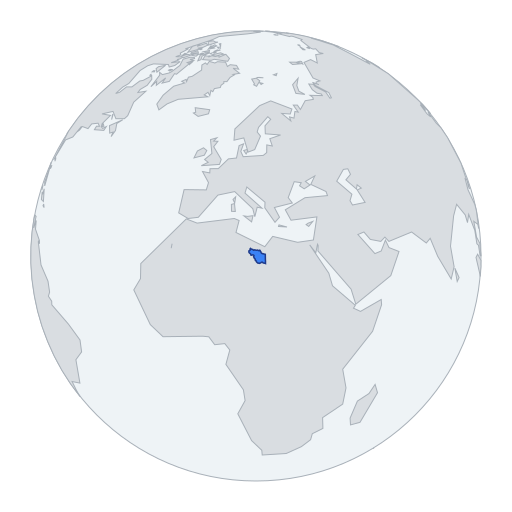 the Earth from above Al Jufrah
{"feature_id": "LBY-2964", "entity_name": "Al Jufrah", "entity_type": "Municipality", "adm_level": 1, "iso_a3": "LBY", "parent_name": "Libya", "parent_adm1": "", "projection": "orthographic", "projection_center": [16.482, 27.933], "detail": "fine", "context": "on_globe", "style": "filled", "palette": "blue", "viewbox_px": 512, "rotation_deg": 0, "n_neighbors": 0, "source": "natural_earth", "source_scale": "10m", "svg_char_len": 10832}
<svg xmlns="http://www.w3.org/2000/svg" viewBox="0 0 512 512"><circle cx="256" cy="256" r="225" fill="#eef3f6" stroke="#a8b0b8"/><path d="M260.1,30.8L251.2,30.9L251.4,31.0L258.4,30.9L263.4,31.3L253.1,31.3L260.7,32.1L247.3,33.9L219.2,36.5L212.4,39.7L185.3,48.8L188.5,48.8L180.3,53.1L180.9,54.9L175.7,56.7L180.7,56.8L185.4,54.8L189.1,54.4L189.9,55.5L183.4,57.7L182.1,57.5L180.6,58.7L177.0,59.5L179.2,59.8L171.2,62.7L180.2,61.6L174.8,65.5L169.2,67.0L168.4,64.5L153.5,63.9L147.6,65.8L140.1,70.5L128.8,83.5L122.8,87.0L115.7,93.5L119.6,92.3L126.5,86.9L131.9,86.9L139.8,81.0L143.1,80.4L151.7,75.8L151.8,79.3L147.2,85.3L140.1,89.5L137.9,92.5L145.9,91.2L133.7,102.2L127.7,115.7L124.4,118.7L115.9,118.7L113.0,111.4L102.0,113.9L110.5,115.4L102.1,123.7L101.3,126.7L102.6,128.4L106.3,126.6L103.8,130.4L94.4,129.7L96.5,126.2L99.5,126.3L98.1,123.2L91.7,123.9L88.0,128.6L82.3,126.5L79.5,130.1L76.8,132.1L81.5,126.3L72.8,137.0L65.6,139.9L53.6,159.8L63.9,140.5L66.6,135.0L68.8,130.7L66.8,133.8L68.6,131.0L78.0,117.9L88.3,105.6L99.5,94.0L111.5,83.2L124.2,73.3L137.5,64.4L151.5,56.4L166.0,49.5L181.0,43.6L196.4,38.8L212.1,35.0L227.9,32.5L244.0,31.0L260.1,30.8ZM34.5,215.2L33.6,220.1L35.0,215.2L36.1,216.3L33.7,227.9L36.2,220.5L35.5,229.2L39.2,239.9L38.3,241.7L41.0,264.9L48.0,281.2L49.6,292.1L48.4,296.2L51.7,301.2L51.8,304.8L68.5,324.2L80.0,340.0L81.6,351.9L75.9,359.7L79.9,383.1L72.1,381.5L76.3,390.1L80.1,396.7L70.5,383.8L61.8,370.2L54.2,356.1L47.6,341.4L42.0,326.4L37.5,310.9L34.2,295.2L31.9,279.2L30.8,263.2L30.9,247.1L32.1,231.1L34.5,215.2ZM50.4,165.9L44.7,185.9L44.7,181.1L45.3,180.4L47.4,173.8L50.2,165.4L51.1,162.3L50.4,165.9ZM55.1,159.9L55.8,157.3L55.6,159.0L55.1,159.9ZM151.0,74.3L151.3,75.1L149.6,75.5L151.0,74.3ZM154.5,71.8L152.2,71.8L153.5,70.7L154.9,70.7L154.5,71.8ZM266.7,31.0L270.2,31.3L265.1,31.0L266.7,31.0ZM156.9,72.2L156.1,68.6L158.5,66.7L165.6,65.3L156.9,72.2ZM271.3,31.5L279.9,32.8L283.0,32.8L278.9,33.9L273.0,32.1L266.2,31.5L270.7,31.7L271.3,31.5ZM186.5,53.8L181.6,55.9L184.9,53.3L186.5,53.8ZM187.7,52.3L192.7,46.1L200.3,44.0L197.1,46.3L206.4,43.2L207.7,45.2L202.9,47.4L197.7,48.2L202.1,48.4L187.7,52.3ZM275.3,34.6L276.1,35.2L273.6,34.6L275.3,34.6ZM190.8,54.0L191.2,52.7L197.8,50.8L198.4,53.0L196.0,52.9L190.8,54.0ZM208.2,41.6L213.2,40.8L215.7,42.1L218.0,42.1L208.4,45.1L208.2,41.6ZM194.9,53.9L198.5,54.2L196.1,56.2L191.0,55.1L194.9,53.9ZM199.3,49.4L202.5,48.7L200.9,49.7L199.3,49.4ZM189.6,64.4L189.8,62.5L193.3,61.2L189.6,64.4ZM200.0,54.2L200.8,53.6L202.2,53.0L204.0,53.7L200.0,54.2ZM210.8,46.0L210.7,46.9L214.8,44.8L216.8,46.0L210.0,47.9L213.8,47.6L214.4,48.0L208.2,49.2L210.8,46.0ZM210.0,52.7L202.1,56.1L200.9,59.7L197.8,60.8L200.3,55.0L210.0,52.7ZM209.5,50.5L209.1,52.1L205.4,52.4L203.4,51.7L209.5,50.5ZM220.6,46.3L219.3,43.9L220.8,43.6L220.6,46.3ZM210.4,53.6L212.3,52.8L210.7,53.8L210.4,53.6ZM218.3,48.3L217.6,47.4L219.3,47.1L218.3,48.3ZM216.6,52.1L214.1,53.1L212.6,52.5L216.6,52.1ZM218.0,50.3L220.5,50.1L213.6,51.6L217.4,49.9L218.0,50.3ZM220.0,48.2L220.8,47.7L220.0,48.6L220.0,48.2ZM223.6,54.1L215.3,56.2L212.1,54.8L220.6,52.8L223.6,54.1ZM339.2,46.6L336.3,45.6L311.0,38.1L321.7,40.9L320.4,40.9L324.9,42.4L332.3,44.7L332.5,44.6L350.1,53.6L370.2,64.3L366.0,60.6L369.1,61.7L388.3,73.7L417.6,99.6L422.1,103.8L423.5,105.3L427.9,110.3L430.7,113.8L424.9,107.1L424.4,107.2L420.4,103.0L425.7,110.4L420.2,104.7L427.0,113.8L430.7,116.9L428.0,112.0L436.2,123.1L440.8,127.6L447.5,137.5L460.9,163.0L465.2,176.0L466.7,180.0L465.2,178.9L468.0,189.8L474.9,204.7L476.4,210.8L478.7,228.6L477.8,224.3L473.8,221.3L476.6,237.2L479.8,243.3L481.0,255.7L480.1,255.8L478.5,245.3L476.9,243.8L474.8,230.4L468.7,214.4L467.5,222.6L465.2,214.9L456.6,204.3L453.6,215.9L450.5,246.2L454.1,266.7L451.2,279.0L437.7,256.3L430.2,238.3L426.3,243.0L411.6,232.0L388.9,241.4L384.9,237.1L380.8,241.4L370.3,239.4L363.9,232.0L357.9,234.5L374.9,253.6L381.2,251.0L385.4,240.1L389.0,247.6L399.0,251.5L390.8,275.6L355.8,304.2L351.1,289.2L317.9,250.9L318.2,245.7L318.0,245.1L317.5,244.2L315.8,252.8L309.7,244.9L328.8,273.2L332.5,285.8L355.3,305.3L353.5,308.2L360.5,311.4L381.2,299.5L381.6,304.7L372.6,331.3L342.7,369.2L346.0,387.9L342.7,404.1L322.6,417.6L322.9,428.4L312.3,433.7L310.6,439.7L301.3,446.7L286.2,453.5L262.2,455.0L261.8,450.3L251.6,440.6L237.8,413.8L245.1,400.6L243.4,389.8L225.9,364.4L229.8,350.0L224.8,343.6L214.7,344.7L208.8,336.8L202.6,336.2L163.0,336.7L150.3,324.6L133.8,289.9L140.5,278.6L140.8,263.5L186.3,218.9L197.1,223.1L234.3,218.5L239.1,220.5L236.0,232.5L264.8,246.7L272.7,236.4L297.6,242.3L313.4,240.0L316.9,216.9L291.0,220.2L285.3,209.8L305.0,197.7L327.5,195.6L326.0,191.5L310.8,184.4L314.8,175.9L305.4,181.4L310.0,185.0L304.2,188.8L299.6,185.8L301.2,182.7L294.2,181.7L288.2,197.6L292.3,203.0L274.4,207.5L279.5,217.2L275.0,222.3L264.8,207.8L265.0,202.2L246.8,187.0L245.0,193.1L262.0,208.2L257.2,207.2L254.8,216.7L252.8,208.7L234.7,191.6L217.9,195.1L198.3,217.3L188.1,218.5L178.7,212.9L184.1,189.6L206.3,189.9L208.5,182.6L202.5,171.5L209.8,172.9L210.0,168.7L218.3,168.6L228.4,158.9L236.5,158.0L239.1,145.6L243.6,143.8L240.8,151.4L243.2,156.7L263.3,155.4L266.7,152.6L266.8,144.9L272.3,146.0L269.8,138.7L280.6,135.0L265.3,133.8L265.0,125.8L270.7,119.3L267.8,116.7L258.5,127.4L257.2,132.0L260.5,136.1L254.7,149.6L248.1,152.1L243.8,137.9L234.0,140.2L234.9,128.9L259.7,105.6L270.7,100.9L291.9,109.0L290.2,114.0L281.7,113.4L290.8,120.9L289.5,116.9L294.0,118.1L294.9,111.5L298.2,112.1L293.3,105.1L297.4,105.1L300.4,109.5L305.2,100.7L313.3,99.4L312.8,97.3L310.0,95.3L322.3,95.6L321.3,94.0L317.0,93.2L312.3,89.7L308.8,84.0L313.2,84.3L315.1,86.5L325.7,92.0L329.9,98.2L331.4,97.8L328.8,92.6L315.9,85.8L312.5,82.3L318.9,84.7L316.3,83.5L316.1,82.0L319.9,80.9L313.0,78.0L304.0,62.4L310.6,59.6L317.3,63.0L315.7,54.6L323.3,53.5L319.2,52.6L315.7,48.8L313.3,49.1L311.1,48.4L300.9,40.5L302.0,39.5L293.0,36.4L290.9,36.1L289.7,36.6L278.9,33.9L283.0,32.8L287.6,33.4L287.1,32.9L297.5,34.6L305.8,36.3L317.5,39.4L323.1,41.0L322.2,40.7L339.2,46.6ZM172.1,243.7L171.2,248.2L172.1,243.7ZM352.5,205.0L365.1,202.4L357.2,189.9L361.3,188.1L357.1,184.8L356.5,189.1L345.9,179.8L350.5,174.3L347.8,168.8L343.4,169.4L336.7,181.2L351.9,194.2L350.0,200.7L352.5,205.0ZM39.4,240.1L39.5,243.7L38.7,242.0L39.4,240.1ZM43.0,184.8L42.6,187.3L41.8,190.2L41.8,189.0L43.0,184.8ZM43.7,204.0L44.1,207.6L43.0,205.7L43.7,204.0ZM44.2,188.8L43.4,201.5L41.4,199.5L42.2,191.7L42.6,194.4L44.2,188.8ZM51.9,165.0L51.2,167.2L50.3,168.8L51.9,165.0ZM54.9,161.2L54.9,160.8L55.9,158.5L54.9,161.2ZM102.7,123.7L103.4,123.9L103.9,126.3L102.1,126.5L102.7,123.7ZM115.5,130.5L111.1,136.6L113.0,132.1L109.7,133.1L109.5,125.6L122.7,119.8L116.8,123.5L115.5,130.5ZM113.0,114.7L111.6,119.6L112.6,114.5L113.0,114.7ZM203.5,147.8L206.8,150.5L204.3,155.2L194.0,157.9L197.4,151.0L203.5,147.8ZM211.9,153.5L210.5,139.6L216.9,137.8L213.6,141.1L217.9,141.3L213.7,146.7L221.2,159.4L219.5,164.4L201.3,165.7L208.2,162.3L204.6,159.5L211.9,153.5ZM195.7,112.3L195.2,107.7L209.7,109.7L208.5,113.8L198.1,116.4L193.4,113.0L195.7,112.3ZM169.6,71.0L168.5,70.2L170.3,69.4L172.7,69.5L169.6,71.0ZM189.4,63.6L176.5,74.2L174.5,73.7L169.3,81.4L162.1,83.1L165.7,77.9L156.3,85.3L156.7,81.4L150.9,86.7L159.7,75.1L159.6,72.3L162.4,74.6L169.0,73.0L171.9,71.5L179.9,65.4L183.1,59.2L190.2,57.2L194.3,57.4L194.6,58.6L189.9,59.4L193.7,60.4L187.2,62.6L189.4,63.6ZM238.7,69.2L233.1,68.3L239.6,73.3L233.1,74.4L234.3,74.9L230.1,77.4L226.9,81.6L223.8,81.6L223.9,83.2L221.1,85.2L220.3,87.5L214.4,88.6L212.8,91.7L210.9,90.4L209.8,95.6L208.0,92.3L204.2,94.9L208.0,96.8L178.2,99.3L167.1,103.9L158.9,109.9L156.8,104.1L163.1,95.2L173.7,86.2L184.6,83.0L181.7,81.3L186.1,79.4L186.6,81.5L188.4,77.2L192.2,76.3L201.6,70.1L201.9,65.0L205.4,62.9L207.1,64.5L209.3,61.4L214.9,63.0L217.5,61.7L225.6,62.2L227.4,66.5L230.2,64.7L236.5,65.4L238.7,69.2ZM225.8,54.3L229.5,58.5L227.7,61.3L214.3,59.3L211.2,60.3L202.6,59.6L205.3,55.7L207.5,56.2L210.3,55.8L208.4,57.1L212.0,55.7L215.2,56.5L218.9,55.7L219.1,57.2L225.8,54.3ZM243.9,215.9L247.5,216.4L253.0,215.7L251.6,221.9L243.9,215.9ZM231.4,204.4L234.5,203.6L235.3,211.5L231.5,211.3L231.4,204.4ZM235.7,196.8L234.7,203.0L233.0,199.5L235.7,196.8ZM243.7,150.5L247.0,149.5L247.6,151.2L246.1,154.0L243.7,150.5ZM256.6,86.3L253.7,84.8L254.5,83.9L251.7,79.1L256.3,78.2L259.8,80.8L256.6,86.3ZM312.8,221.4L308.7,226.4L306.1,224.6L308.1,223.2L312.8,221.4ZM279.0,224.9L287.0,227.0L278.5,226.5L279.0,224.9ZM261.1,84.5L259.5,82.6L262.8,83.4L261.1,84.5ZM259.6,77.4L263.4,77.8L256.6,77.5L259.6,77.4ZM373.0,448.5L374.1,447.9L373.0,448.5ZM377.5,392.7L360.0,422.3L350.5,424.9L350.1,418.1L357.4,401.1L369.0,393.5L375.1,384.4L377.5,392.7ZM480.3,276.5L480.1,275.1L476.0,257.4L477.6,254.2L481.0,260.5L480.9,264.1L481.0,266.3L480.3,276.5ZM454.9,268.2L459.1,277.6L457.2,281.5L454.9,268.2ZM468.9,185.5L469.5,189.0L468.4,186.3L467.0,180.2L468.9,185.5ZM298.1,78.2L296.8,85.6L298.9,91.2L304.9,94.4L295.9,93.4L292.6,84.7L298.1,78.2ZM302.8,64.1L297.5,61.9L300.1,61.2L301.6,61.6L302.8,64.1ZM299.4,63.9L292.5,64.5L289.7,62.2L295.7,62.2L299.4,63.9ZM276.9,73.5L276.2,75.7L273.5,74.8L276.9,73.5ZM380.0,67.9L366.0,60.1L361.9,57.9L371.6,62.7L372.7,63.3L373.8,64.0L377.6,66.3L380.0,67.9ZM278.3,35.1L276.3,35.2L277.0,34.8L278.3,35.1ZM309.8,48.7L306.9,47.7L307.9,47.1L309.8,48.7ZM299.4,45.0L300.4,46.4L297.5,44.7L299.4,45.0ZM302.9,49.7L299.9,46.8L305.4,49.9L302.9,49.7Z" fill="#d9dde1" stroke="#a8b0b8" stroke-width="1"/><path d="M248.9,250.9L249.2,250.8L249.7,250.5L249.9,250.4L250.1,250.2L250.1,249.7L250.0,249.4L250.0,249.1L250.1,248.9L250.3,248.6L250.5,248.4L250.6,248.5L250.9,248.7L251.1,249.0L251.6,249.2L252.0,249.3L252.3,249.4L252.7,249.4L252.9,249.5L253.0,249.6L253.2,250.0L253.5,250.2L253.9,250.3L254.2,250.1L254.5,249.9L254.8,249.8L255.3,250.0L255.6,250.1L255.8,250.2L256.2,250.3L256.9,250.2L257.3,250.1L257.7,250.1L258.1,250.4L258.6,250.6L258.9,250.7L259.3,250.4L259.5,250.2L259.8,250.2L260.1,250.5L260.1,250.8L260.3,251.1L260.6,251.5L260.9,251.8L261.0,252.3L261.2,252.8L261.5,253.2L262.0,253.5L262.6,253.7L263.0,253.8L263.0,253.7L263.7,253.9L264.7,254.2L265.3,254.3L265.4,259.5L265.5,261.5L265.5,263.5L265.3,263.4L265.0,263.3L264.5,263.2L263.9,263.1L263.5,263.0L263.2,263.0L262.8,262.6L262.5,262.3L262.1,262.1L261.6,262.2L261.2,262.4L261.0,262.6L260.6,263.0L260.3,263.0L259.8,263.1L259.6,263.3L259.3,263.4L258.8,263.2L258.2,263.1L257.6,263.0L257.4,262.7L257.1,262.5L256.9,262.3L256.5,261.9L256.3,261.5L256.3,261.1L256.1,260.8L255.9,260.7L255.6,260.6L255.4,260.5L255.3,260.3L255.3,259.9L255.3,259.7L255.3,259.4L255.2,259.1L255.0,258.9L254.8,258.7L254.5,258.6L254.4,258.5L254.3,258.2L254.2,257.8L253.9,257.3L253.6,256.9L253.6,256.7L253.7,256.4L253.9,256.1L254.0,255.7L253.9,255.4L253.6,255.1L253.4,255.0L252.9,254.9L252.6,254.9L252.2,254.9L251.7,255.2L251.3,255.2L250.9,255.1L250.8,254.8L250.8,254.5L250.7,254.1L250.3,253.7L249.7,253.2L249.3,252.9L249.1,252.5L248.9,252.2L248.9,251.8L248.9,251.3L248.9,250.9Z" fill="#3b82f6" stroke="#1e3a8a" stroke-width="1.5"/></svg>